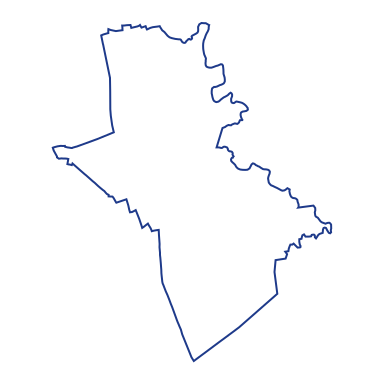 the district of Serrekunda East, Banjul, Gambia
{"feature_id": "56634734B18055278254530", "entity_name": "Serrekunda East", "entity_type": "district", "adm_level": 2, "iso_a3": "GMB", "parent_name": "Gambia", "parent_adm1": "Banjul", "projection": "natural_earth1", "projection_center": [-16.66, 13.41], "detail": "fine", "context": "isolated", "style": "outline", "palette": "blue", "viewbox_px": 384, "rotation_deg": 0, "n_neighbors": 0, "source": "geoboundaries", "source_scale": "gbopen_adm2", "svg_char_len": 5807}
<svg xmlns="http://www.w3.org/2000/svg" viewBox="0 0 384 384"><path d="M101.2,35.4L102.9,43.8L103.0,44.2L103.1,44.4L110.0,77.9L110.0,78.9L110.2,91.0L110.3,109.4L110.8,115.7L112.2,125.5L113.8,132.3L97.2,139.1L76.6,146.6L76.0,146.7L72.6,147.7L72.1,148.0L71.2,148.0L69.6,147.7L67.5,147.4L65.1,146.8L64.9,145.9L62.8,146.0L61.5,145.9L60.5,145.9L57.7,146.3L55.0,147.0L53.0,147.6L52.8,147.7L53.7,150.5L53.8,150.7L57.0,156.5L57.0,157.4L58.9,158.7L61.5,158.4L62.8,158.5L64.9,158.5L67.0,158.7L68.3,159.0L68.2,159.5L68.1,160.2L67.4,164.1L68.5,164.4L69.9,164.6L70.7,164.8L71.8,165.1L72.4,163.8L72.5,163.5L80.0,170.1L84.8,174.3L85.6,174.9L89.8,178.6L92.6,181.1L94.7,182.8L96.4,184.4L98.0,185.9L100.2,187.8L103.0,190.1L104.3,191.0L105.7,192.7L106.8,193.9L107.5,194.3L108.6,194.8L108.6,196.2L108.6,196.4L110.2,196.5L112.5,196.6L113.6,198.0L116.2,202.6L116.3,202.7L126.4,199.3L128.2,205.1L128.4,205.9L129.2,209.6L130.0,212.3L132.1,212.0L133.9,211.1L135.7,210.1L137.4,214.3L139.3,219.1L141.5,225.6L142.2,227.9L144.1,226.6L145.8,225.2L147.9,223.6L149.0,225.6L150.4,227.8L151.3,229.7L151.8,231.2L154.1,230.6L156.5,230.2L158.7,229.9L159.0,235.6L159.6,244.0L159.5,247.2L160.0,252.7L160.0,255.0L160.3,257.5L160.8,263.2L161.0,266.0L161.3,269.9L161.4,273.2L161.6,275.3L162.3,281.8L162.7,283.6L163.1,284.4L163.5,285.4L165.8,291.4L167.4,294.9L169.4,300.0L170.8,303.8L172.2,307.2L176.2,318.2L176.8,319.9L177.7,322.2L179.0,325.2L179.3,326.0L180.9,329.6L182.2,334.3L191.5,357.3L193.8,361.0L218.5,342.6L231.2,333.2L239.1,327.3L277.3,293.8L274.5,272.0L275.6,260.1L285.6,258.6L287.1,254.2L285.3,251.7L288.4,251.2L288.8,248.6L289.7,246.1L290.4,244.6L292.3,244.6L293.6,243.6L297.6,247.6L300.0,247.4L300.5,247.0L300.5,245.9L299.8,244.6L299.3,241.9L299.3,239.2L301.5,238.8L301.8,237.3L302.4,235.3L303.6,234.6L304.0,234.4L305.5,236.6L308.3,236.6L309.9,236.5L311.1,236.3L311.7,234.9L312.7,234.7L313.9,234.6L314.8,235.4L314.9,237.3L316.0,238.4L317.1,236.8L318.0,235.3L319.4,234.0L320.8,233.5L322.7,232.9L323.0,229.5L323.6,228.0L324.8,227.6L326.0,228.0L327.3,230.5L328.8,232.8L330.1,233.3L331.1,232.3L330.8,230.2L331.2,228.5L331.1,224.7L330.5,223.7L329.5,222.8L328.1,222.8L326.9,223.1L325.5,223.7L322.0,222.4L320.7,221.5L320.1,220.8L319.3,219.7L317.8,217.7L316.0,216.7L315.4,215.9L315.2,215.2L314.8,212.3L315.3,210.4L315.3,209.9L315.2,208.0L313.7,205.9L313.4,205.6L298.2,207.6L298.6,207.0L298.6,204.5L297.6,201.7L297.3,199.9L296.3,198.9L295.4,198.4L294.7,198.2L293.6,198.1L292.5,197.8L291.2,196.8L290.5,195.5L289.8,193.5L289.7,192.7L289.4,191.6L289.5,190.5L289.7,189.5L287.4,188.2L286.4,189.0L285.5,189.8L284.0,190.5L283.3,190.5L282.4,190.7L281.3,190.3L278.2,188.6L277.1,188.0L274.9,187.0L272.9,186.0L271.1,185.3L269.9,184.1L268.8,182.6L268.2,179.3L268.1,178.4L268.3,177.2L269.0,175.0L269.6,173.7L269.6,173.0L269.9,171.9L269.3,170.6L268.1,169.8L266.2,169.4L264.3,169.3L263.0,169.1L260.4,167.5L259.4,166.7L258.0,166.2L256.6,165.4L255.8,165.1L255.0,164.3L253.8,163.6L252.8,163.4L251.5,164.5L250.6,166.4L249.9,167.6L249.6,168.4L248.4,169.1L247.6,169.7L245.5,169.9L242.4,169.8L240.2,169.5L238.9,169.0L237.9,168.5L236.6,167.3L236.1,166.6L235.1,164.8L234.6,164.3L233.5,163.2L232.4,162.3L231.8,161.6L231.2,160.9L231.1,160.1L231.0,159.5L231.4,158.5L232.1,157.7L232.9,157.6L233.1,156.9L233.6,156.4L232.5,154.6L232.7,153.7L232.7,153.1L232.5,152.7L231.9,151.8L231.1,151.5L230.3,151.3L229.5,151.3L228.8,150.9L227.9,149.8L227.8,148.7L227.1,147.5L225.3,146.8L224.2,146.7L223.4,146.9L222.3,147.8L221.2,148.0L220.2,147.7L219.3,147.5L218.6,147.4L216.6,147.4L222.5,128.0L225.1,127.0L226.7,125.8L228.5,125.0L229.6,125.2L231.0,125.3L231.7,124.7L233.2,124.0L234.9,123.4L237.3,123.9L238.2,123.3L239.1,122.3L239.5,121.1L240.0,120.2L242.3,120.1L242.4,119.9L241.8,119.0L241.3,117.7L241.0,117.0L240.8,116.0L240.6,115.2L240.6,114.3L240.7,113.6L240.9,112.9L241.2,112.4L242.6,111.6L245.0,111.2L246.4,110.9L247.8,109.8L247.9,109.3L247.7,108.8L247.7,108.0L247.2,107.4L246.3,106.1L245.2,105.0L244.1,104.1L242.7,103.2L241.9,102.8L240.5,102.4L236.5,101.5L236.3,101.5L234.1,103.0L233.1,103.1L231.7,102.5L231.2,101.3L231.1,98.9L232.1,96.2L232.1,94.4L231.5,93.3L230.6,92.7L229.1,93.8L227.9,95.1L226.8,95.8L225.0,96.8L223.7,97.4L222.1,98.6L220.8,99.6L219.8,100.6L218.5,101.6L216.5,102.1L215.6,101.9L214.1,101.0L213.4,100.0L212.9,98.6L212.4,96.9L212.0,94.7L211.7,93.5L211.7,91.1L212.0,88.8L212.2,88.3L214.1,86.9L215.1,87.0L217.1,86.5L219.9,85.1L221.3,84.7L222.8,84.0L223.7,83.4L224.1,82.9L224.8,81.4L224.8,79.3L224.6,77.5L224.1,75.8L223.6,74.2L223.5,73.5L223.5,72.3L223.4,69.4L223.1,66.8L222.9,65.5L222.2,64.5L220.9,64.2L217.7,65.6L216.4,65.9L215.8,66.1L213.2,67.1L211.4,67.7L209.9,67.7L208.3,67.4L207.2,67.0L206.4,66.5L205.7,65.2L205.5,63.1L205.7,61.6L205.7,60.0L205.9,59.1L205.9,58.3L204.6,55.3L204.3,54.7L203.9,53.0L203.3,49.5L203.2,48.4L203.1,45.6L203.2,43.5L203.5,41.8L203.8,40.3L204.6,38.6L205.7,35.4L206.6,33.4L207.8,31.3L208.6,29.3L208.7,28.3L208.7,27.0L209.1,25.2L208.9,25.2L208.7,25.0L207.9,24.4L205.8,23.2L204.0,23.2L201.5,23.0L199.3,24.3L198.1,26.9L198.2,29.6L198.2,29.8L198.1,31.3L197.5,32.6L196.3,33.5L193.5,35.0L192.2,35.7L191.6,36.4L191.8,37.3L192.1,38.1L191.8,38.9L191.1,39.5L190.3,39.6L189.5,38.9L188.4,39.1L187.8,39.8L186.1,41.4L185.6,42.4L184.8,42.9L184.0,42.9L182.8,42.4L182.1,41.8L180.8,39.7L179.9,39.3L178.5,39.3L176.9,39.1L175.2,38.9L171.7,38.1L170.9,37.8L169.5,37.3L167.6,35.8L164.4,32.0L162.2,30.3L159.9,26.7L159.7,26.2L158.5,26.4L157.2,26.6L155.6,26.8L152.7,27.2L150.3,27.9L147.0,29.5L146.9,29.5L145.6,26.2L143.2,27.0L141.5,27.6L140.6,26.1L140.0,25.0L139.2,25.7L137.5,26.4L131.6,27.8L131.3,27.9L130.5,25.0L126.8,25.2L124.3,25.5L122.2,25.5L122.3,26.5L122.4,27.6L122.5,30.2L119.4,30.6L115.9,31.1L110.7,30.0L108.4,29.1L108.3,30.1L108.3,32.0L108.3,33.1L107.8,33.2L106.7,33.5L103.9,34.3L102.8,34.7L101.2,35.4Z" fill="none" stroke="#1e3a8a" stroke-width="2"/></svg>